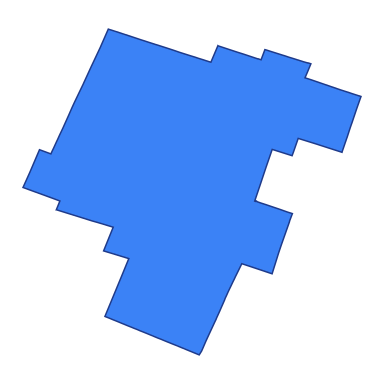 Reviga, Ialomita, Romania (Robinson projection)
{"feature_id": "2599482B66031816974747", "entity_name": "Reviga", "entity_type": "district", "adm_level": 2, "iso_a3": "ROU", "parent_name": "Romania", "parent_adm1": "Ialomita", "projection": "robinson", "projection_center": [27.13, 44.687], "detail": "fine", "context": "isolated", "style": "filled", "palette": "blue", "viewbox_px": 384, "rotation_deg": 0, "n_neighbors": 0, "source": "geoboundaries", "source_scale": "gbopen_adm2", "svg_char_len": 2346}
<svg xmlns="http://www.w3.org/2000/svg" viewBox="0 0 384 384"><path d="M201.6,351.1L202.7,348.6L205.8,341.4L207.4,337.9L214.7,322.2L216.1,319.3L216.5,318.2L219.6,311.4L221.3,307.5L224.6,300.0L225.1,298.5L226.7,295.1L228.3,291.5L229.5,289.0L231.1,285.7L232.8,282.1L234.3,279.1L235.4,276.7L236.9,273.7L241.8,263.7L272.1,273.8L278.7,252.7L281.4,244.7L289.5,221.7L289.6,221.0L292.4,213.6L290.9,213.1L287.9,212.2L280.3,209.5L273.2,207.1L271.1,206.4L265.8,204.6L260.5,202.9L257.2,201.7L256.5,201.0L255.7,200.8L255.6,201.4L255.3,201.3L254.7,201.1L260.2,184.8L266.0,167.4L272.2,149.4L292.1,155.7L293.4,152.2L298.2,138.4L317.2,144.3L319.6,145.1L321.5,145.7L334.5,149.9L342.0,152.3L342.1,151.8L343.4,148.1L345.4,142.2L345.8,141.1L346.8,138.1L347.0,137.7L350.2,127.8L351.7,123.5L351.8,123.3L356.6,109.0L361.0,96.5L351.4,93.4L350.0,92.9L340.0,89.7L311.2,79.8L305.0,77.8L305.3,77.1L307.2,72.7L310.9,63.8L309.1,63.2L308.0,62.9L307.9,63.0L303.3,61.7L301.5,61.1L299.8,60.6L298.1,60.0L297.5,59.9L297.2,59.8L296.7,59.6L293.2,58.5L288.9,57.2L284.5,55.7L283.4,55.4L270.7,51.4L267.3,50.3L266.7,50.1L264.9,49.6L263.0,54.7L262.3,56.5L261.1,59.8L258.1,58.8L257.9,58.9L243.5,54.1L237.1,52.1L218.0,45.8L217.9,45.7L210.9,62.2L210.5,62.1L210.2,62.0L209.5,61.8L208.2,61.4L207.4,61.1L206.6,60.9L203.3,59.8L198.1,58.2L194.9,57.1L190.9,55.9L179.2,52.2L177.2,51.5L174.6,50.6L172.2,49.8L166.7,48.0L163.9,47.1L161.4,46.3L158.6,45.4L156.7,44.8L154.9,44.3L154.5,44.1L154.4,44.1L152.2,43.4L147.5,41.9L144.5,40.9L141.6,40.0L136.8,38.4L133.2,37.2L110.8,29.9L110.6,29.9L108.3,29.1L100.7,46.4L100.7,46.5L91.7,65.6L91.5,66.0L83.6,83.2L83.5,83.5L74.6,102.0L72.2,107.2L68.6,115.4L62.8,128.3L59.8,134.6L59.7,134.8L58.8,136.8L57.9,138.8L57.4,139.9L56.8,141.1L53.7,147.9L53.6,148.1L52.2,151.0L50.9,153.9L39.5,149.7L29.8,172.4L23.0,187.5L34.0,191.5L53.5,198.6L59.9,201.0L56.3,209.8L56.5,209.8L92.0,220.9L97.7,222.5L113.2,227.2L103.6,250.9L128.8,258.6L121.3,276.9L105.1,316.0L104.9,316.4L105.2,316.6L105.8,316.8L109.1,318.1L113.4,319.9L115.7,320.8L117.9,321.7L119.6,322.4L121.0,323.0L121.7,323.3L124.0,324.2L126.6,325.3L129.6,326.5L131.9,327.4L134.0,328.3L137.4,329.6L140.1,330.8L143.2,332.0L146.9,333.5L151.0,335.2L158.2,338.2L161.4,339.4L162.5,339.9L167.1,341.8L169.4,342.7L171.3,343.5L174.1,344.6L175.6,345.2L199.2,354.9L201.6,351.1Z" fill="#3b82f6" stroke="#1e3a8a" stroke-width="1.5"/></svg>